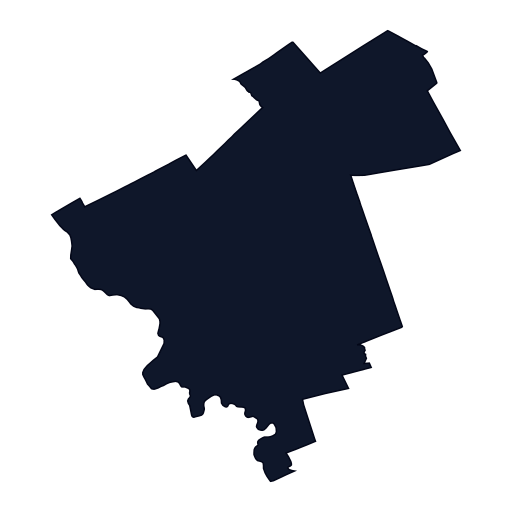 the district of Nucet, Dâmbovita, Romania
{"feature_id": "2599482B97310589725824", "entity_name": "Nucet", "entity_type": "district", "adm_level": 2, "iso_a3": "ROU", "parent_name": "Romania", "parent_adm1": "Dâmbovita", "projection": "robinson", "projection_center": [25.548, 44.795], "detail": "fine", "context": "isolated", "style": "filled", "palette": "ink", "viewbox_px": 512, "rotation_deg": 0, "n_neighbors": 0, "source": "geoboundaries", "source_scale": "gbopen_adm2", "svg_char_len": 5962}
<svg xmlns="http://www.w3.org/2000/svg" viewBox="0 0 512 512"><path d="M256.6,459.7L257.6,460.6L260.1,461.2L261.9,461.8L263.2,463.0L263.5,465.6L263.5,468.4L265.1,472.8L267.0,476.3L269.2,479.5L270.5,481.3L271.2,481.2L273.5,480.7L286.2,474.7L294.5,471.0L292.1,470.6L289.1,469.6L287.8,468.1L287.9,467.5L288.4,466.9L290.1,466.1L290.9,465.5L291.4,464.9L291.4,463.9L291.2,462.9L290.9,461.7L290.4,460.6L289.5,458.9L288.9,457.6L288.3,456.5L286.0,453.0L288.4,452.1L297.6,448.6L299.5,447.8L303.5,446.2L306.8,444.9L309.7,443.7L314.4,441.7L314.7,441.6L315.0,441.5L315.5,441.3L314.5,438.5L311.5,429.2L307.3,416.3L303.6,404.8L302.5,399.3L325.3,393.5L348.5,388.4L342.0,375.1L371.2,367.4L369.3,363.1L364.0,363.5L365.0,361.4L366.4,358.3L365.5,356.2L365.6,354.3L364.1,353.6L364.1,352.0L365.1,350.3L364.6,348.8L364.5,347.4L363.1,346.1L360.2,344.8L357.1,344.9L381.5,335.1L401.7,327.3L402.3,326.5L400.7,321.8L400.1,320.2L398.5,315.5L396.8,310.5L395.3,306.0L393.7,301.5L393.2,299.8L393.0,299.0L391.9,295.6L389.8,289.6L387.9,284.0L386.1,278.8L383.5,271.0L380.8,263.2L378.4,256.5L375.7,248.6L372.4,238.8L371.4,236.0L371.3,235.3L368.8,228.3L364.7,216.6L362.0,208.7L361.3,206.8L360.9,205.7L360.4,204.1L360.1,203.2L359.6,201.4L358.9,199.5L357.7,196.0L357.5,195.4L357.3,194.9L357.2,194.6L357.0,194.2L356.7,193.3L356.5,192.5L356.2,191.9L356.0,191.0L355.7,190.4L355.5,189.8L355.2,188.8L355.2,188.7L354.5,186.8L354.0,185.2L353.7,184.5L353.6,183.9L352.8,181.7L352.5,180.7L351.8,178.5L351.1,176.5L350.9,176.0L350.6,175.2L351.2,175.3L357.3,175.4L362.5,175.3L364.8,175.2L370.3,174.3L378.3,172.9L395.4,170.0L420.9,165.8L429.1,164.4L429.9,164.1L453.2,153.5L458.2,151.4L460.3,150.5L459.6,149.3L455.7,142.4L450.0,132.4L443.4,120.1L433.3,102.0L427.3,90.8L436.7,83.2L436.8,82.6L431.8,69.1L428.3,63.0L425.0,58.8L424.6,58.3L423.6,57.5L423.0,56.3L422.5,55.2L423.9,54.5L425.4,53.4L426.7,52.3L427.2,51.8L427.3,51.5L426.6,51.1L425.7,50.7L425.1,50.4L423.1,49.5L421.3,48.6L419.9,47.8L417.8,46.6L416.5,45.8L416.2,46.1L413.4,44.6L409.7,42.5L400.4,37.4L388.5,31.0L387.6,30.7L363.8,45.5L338.7,61.4L332.5,65.3L320.5,72.9L320.3,73.1L306.6,57.6L293.0,42.3L292.1,42.2L288.6,44.5L277.6,52.2L277.2,52.5L276.5,53.0L274.1,54.8L270.4,57.4L268.7,58.6L267.2,59.5L265.8,60.3L263.8,61.5L262.9,62.0L262.3,62.5L261.7,63.0L261.0,63.5L260.8,63.7L260.6,63.9L233.5,79.2L234.9,79.3L237.1,80.0L239.0,81.0L240.3,82.3L240.9,83.8L241.9,84.7L243.7,86.1L245.3,87.5L246.1,88.9L247.0,90.4L247.6,91.1L248.3,91.4L248.8,92.1L250.0,92.3L250.7,92.7L251.1,93.6L251.6,95.1L251.8,95.7L252.6,96.2L253.5,96.9L254.1,97.6L255.6,98.9L256.3,99.6L256.9,100.0L257.8,100.4L258.8,100.7L259.2,101.5L259.4,102.6L259.7,104.1L259.9,104.7L260.4,105.5L261.1,106.3L261.9,106.9L262.7,107.6L262.4,107.8L261.8,108.3L260.9,109.1L252.6,117.0L239.8,129.1L234.4,134.1L231.7,137.0L228.5,139.9L225.0,143.5L217.6,150.5L213.5,154.6L210.0,157.8L205.2,162.4L198.9,168.2L196.6,170.3L196.4,170.5L186.0,155.1L185.5,155.4L185.2,155.5L176.0,160.2L169.4,163.8L168.6,164.4L168.4,164.4L157.3,170.1L156.8,170.4L155.4,171.1L155.5,171.3L155.2,171.4L150.3,173.9L148.8,174.6L148.0,175.0L147.8,175.1L144.9,176.6L140.8,178.7L134.4,182.1L131.1,183.7L128.3,185.2L125.0,186.8L119.8,189.5L116.3,191.3L111.2,193.8L110.6,194.1L108.8,195.0L106.4,196.2L96.9,200.9L84.7,206.8L84.7,206.7L84.5,206.4L83.8,205.2L82.4,202.9L82.1,202.0L81.3,200.5L79.9,198.3L72.0,202.8L55.9,212.2L51.7,214.8L54.8,219.2L59.8,225.6L61.8,227.6L63.3,229.2L64.7,230.4L67.2,232.0L69.9,235.0L70.9,237.7L71.5,240.9L71.9,244.0L72.1,246.1L71.4,251.2L70.8,255.1L70.7,258.7L72.8,261.1L73.6,262.3L74.4,263.8L75.4,265.1L76.9,267.6L77.7,269.3L78.3,271.3L78.9,273.0L80.5,275.3L81.8,277.5L83.6,279.8L84.9,281.3L85.8,282.4L86.6,283.7L87.7,285.1L89.1,286.4L90.8,287.8L94.8,289.4L97.9,289.2L100.6,289.4L102.3,290.0L103.8,291.2L105.3,292.6L107.2,294.5L108.3,295.2L109.4,295.6L111.0,295.3L112.8,295.0L117.0,294.6L121.2,295.5L124.4,296.9L127.2,299.3L129.5,302.1L130.8,303.9L133.5,306.1L134.8,306.7L136.8,307.5L138.8,307.7L141.0,308.3L145.4,308.9L147.0,308.8L148.9,308.8L151.0,309.1L152.7,310.3L154.2,312.2L155.3,313.6L157.1,315.9L159.4,318.8L160.0,321.5L160.0,323.7L159.1,328.7L158.7,330.0L157.9,333.3L158.6,335.4L159.9,336.3L163.0,337.4L164.2,339.9L164.1,343.4L157.5,357.0L153.3,360.3L150.2,363.1L147.4,365.5L144.1,369.4L142.8,372.5L142.8,374.5L144.0,377.1L145.2,379.2L146.6,382.0L147.5,384.0L149.6,386.3L151.5,388.7L153.1,389.1L154.6,389.1L158.2,387.9L161.0,386.4L163.5,385.5L166.6,383.7L169.7,382.4L172.6,381.8L175.7,381.3L178.1,382.0L179.5,383.4L180.8,385.9L181.8,386.9L185.0,386.9L188.5,388.4L189.7,389.5L189.9,391.1L189.6,392.6L189.7,394.0L190.1,394.7L190.4,395.8L190.2,396.8L189.4,397.9L188.4,399.0L187.7,400.9L188.4,403.4L189.7,405.4L191.6,415.0L192.1,416.3L192.7,416.8L193.3,417.2L194.4,417.1L195.5,416.7L199.0,415.9L201.5,415.1L202.6,414.2L203.3,413.0L204.0,410.5L204.3,409.1L204.2,408.0L203.9,406.7L203.7,405.3L203.8,403.5L204.3,401.7L205.6,400.3L207.4,398.9L211.3,396.2L214.1,394.9L216.4,394.8L219.1,395.9L220.5,397.3L221.3,399.9L221.5,403.1L222.9,405.3L224.7,406.5L226.1,407.0L226.6,406.9L227.1,406.7L227.8,406.0L228.4,404.6L229.2,403.8L230.4,403.4L231.6,403.4L232.8,403.6L234.8,404.4L235.9,405.4L236.5,406.3L237.6,406.7L239.3,406.9L241.6,407.0L243.4,407.2L244.9,407.8L245.4,408.9L245.5,410.6L244.8,413.1L244.9,414.4L245.7,416.0L247.2,417.2L248.3,417.4L249.4,417.2L251.1,416.8L252.6,416.3L254.1,416.7L255.5,417.7L257.0,418.6L257.8,419.6L258.0,421.4L257.6,423.0L256.9,424.7L256.5,426.4L256.7,427.2L257.4,428.2L258.2,429.2L259.0,429.6L260.7,430.1L262.2,430.3L263.8,429.9L265.0,428.9L266.0,428.0L267.4,426.3L268.9,424.4L270.5,423.1L272.6,422.9L273.8,423.5L274.9,425.3L276.1,427.6L276.3,430.0L276.4,431.9L275.5,434.2L272.7,435.9L270.1,436.8L268.0,437.1L266.1,437.1L264.3,437.1L262.5,437.9L260.6,439.0L258.9,440.1L257.9,441.4L257.7,442.9L257.9,443.8L258.1,444.6L257.9,445.2L257.3,445.7L255.6,447.0L254.8,448.2L254.2,449.7L254.0,452.8L254.0,454.6L254.8,456.7L255.7,458.6L256.6,459.7Z" fill="#0f172a" stroke="#020617" stroke-width="1.5"/></svg>